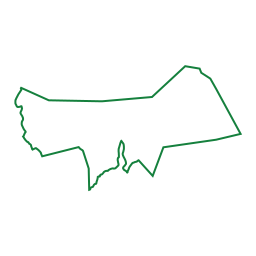 the district of San Pedro, Copán, Honduras
{"feature_id": "27666195B10717869055207", "entity_name": "San Pedro", "entity_type": "district", "adm_level": 2, "iso_a3": "HND", "parent_name": "Honduras", "parent_adm1": "Copán", "projection": "natural_earth1", "projection_center": [-88.844, 14.614], "detail": "fine", "context": "isolated", "style": "outline", "palette": "green", "viewbox_px": 256, "rotation_deg": 0, "n_neighbors": 0, "source": "geoboundaries", "source_scale": "gbopen_adm2", "svg_char_len": 5149}
<svg xmlns="http://www.w3.org/2000/svg" viewBox="0 0 256 256"><path d="M240.6,133.9L216.2,89.0L210.3,78.6L201.3,72.8L199.6,68.6L185.2,66.2L152.0,97.0L101.9,101.3L48.8,100.3L20.4,87.5L20.6,87.7L20.7,87.9L20.8,88.1L21.0,88.4L21.1,88.8L21.2,89.3L21.3,89.7L21.3,89.8L21.2,90.0L20.8,90.7L20.6,90.9L19.8,92.2L19.6,92.5L19.3,92.9L19.1,93.2L18.7,93.8L18.0,95.0L17.3,96.4L16.4,98.1L15.8,99.5L15.6,99.8L15.5,100.2L15.5,100.6L15.4,101.0L15.4,101.6L15.4,102.4L15.4,103.3L15.5,103.5L15.6,104.0L15.8,104.3L15.9,104.5L16.2,105.0L16.3,105.3L16.5,105.8L16.7,106.1L16.8,106.3L17.0,106.6L17.3,106.8L17.5,106.9L17.9,107.0L18.1,107.0L18.9,106.9L19.6,106.8L20.4,106.6L20.6,106.6L20.9,106.3L21.1,106.2L21.3,106.3L21.5,106.4L21.5,106.5L21.6,106.8L21.8,107.3L21.9,108.0L21.9,108.5L22.0,108.7L21.9,109.0L21.7,109.7L21.5,110.3L21.3,110.7L20.9,111.4L20.7,112.0L20.6,112.3L20.6,112.6L20.5,112.8L20.5,113.0L20.6,113.4L20.9,114.0L21.3,114.7L21.8,115.4L22.0,115.8L22.3,116.2L22.5,116.7L22.7,117.4L22.9,117.7L22.9,117.9L23.0,118.2L23.0,118.5L23.1,119.0L23.0,119.3L23.0,119.5L22.9,119.8L22.8,120.1L22.7,120.3L22.6,120.5L22.3,120.9L22.2,121.1L22.1,121.3L21.9,121.7L21.9,122.0L21.8,122.4L21.7,123.1L21.7,123.5L21.7,124.0L21.7,124.3L21.8,124.6L21.8,124.8L21.9,125.1L22.1,125.6L23.0,127.5L23.5,128.6L23.6,128.8L24.2,129.7L24.8,130.6L25.1,130.9L25.4,131.3L25.5,131.4L25.6,131.6L25.6,131.8L25.6,132.0L25.5,132.3L25.3,132.5L25.0,132.8L24.9,133.0L24.5,133.8L24.1,134.8L23.7,135.7L23.7,135.8L23.5,136.1L23.1,136.6L23.4,136.9L23.8,137.5L24.0,137.9L24.3,138.5L25.0,139.3L25.2,139.6L25.4,140.0L25.5,140.1L26.8,141.4L27.1,141.7L27.2,141.8L27.6,142.1L27.8,142.2L28.0,142.2L28.3,142.2L29.2,143.6L29.3,143.8L29.8,144.0L30.0,144.1L30.6,144.6L30.8,144.8L30.9,145.1L31.0,145.3L31.1,145.5L31.1,146.0L31.2,146.3L31.6,147.4L32.0,148.3L32.0,148.7L32.1,149.0L32.3,149.3L32.5,149.4L32.6,149.5L32.7,149.4L32.9,149.4L33.7,149.0L35.1,148.4L35.4,148.3L35.6,148.2L35.8,148.2L36.0,148.2L36.2,148.3L37.5,149.3L38.4,150.0L38.6,150.2L39.0,150.6L40.2,151.9L40.5,152.3L40.7,152.5L40.8,152.6L40.9,153.2L41.1,153.7L41.4,154.5L41.8,155.4L42.0,155.9L42.2,156.3L78.6,147.1L78.9,147.3L79.3,147.9L80.0,148.6L80.6,149.1L82.4,150.2L83.0,150.9L88.7,168.5L89.2,189.8L89.5,189.7L90.0,189.5L90.1,189.3L90.2,189.2L90.2,188.8L90.2,188.7L90.3,188.5L90.4,188.2L90.5,188.0L90.7,187.8L90.8,187.7L91.0,187.6L91.2,187.4L92.0,187.1L92.6,186.9L92.8,186.8L93.0,186.7L93.2,186.4L93.4,185.8L93.5,185.6L93.7,185.3L93.8,185.1L94.0,184.8L94.3,184.5L94.4,184.4L94.6,184.2L94.8,184.1L95.1,183.9L95.4,183.9L95.7,183.9L95.8,183.9L96.1,183.7L96.3,183.3L96.4,183.1L96.4,182.9L96.5,182.3L96.5,182.1L96.6,181.8L97.0,180.5L97.2,180.0L97.4,179.4L97.5,178.8L97.8,177.2L97.8,176.9L98.1,176.7L98.3,176.6L98.5,176.5L98.9,176.5L99.1,176.4L99.2,176.5L99.3,176.5L99.6,176.5L99.8,176.4L99.8,176.1L99.9,175.8L99.9,175.6L100.0,175.5L100.1,175.3L100.4,174.9L100.6,174.7L100.8,174.6L101.2,174.6L101.4,174.6L101.6,174.5L101.8,174.4L102.1,174.2L102.5,173.8L102.9,173.4L103.3,172.9L103.6,172.4L103.8,172.1L104.0,172.0L104.3,171.7L104.6,171.5L104.8,171.4L105.0,171.3L105.4,171.1L105.7,171.0L106.2,170.9L107.7,170.9L107.8,170.9L108.0,170.7L108.2,170.4L108.5,170.1L109.4,169.6L109.7,169.4L110.3,169.1L110.8,168.9L111.4,168.7L111.8,168.6L112.1,168.5L112.7,168.4L113.0,168.4L113.4,168.5L113.6,168.5L113.9,168.6L114.2,168.5L114.5,168.5L115.0,168.4L115.3,168.3L115.5,168.2L118.0,165.8L118.2,165.5L118.4,165.3L118.5,165.0L118.5,164.6L118.5,164.3L118.5,164.0L118.4,163.7L118.2,162.8L118.1,162.3L118.0,161.9L117.9,161.2L117.7,160.2L117.7,159.7L117.7,159.3L117.7,159.0L117.8,158.7L117.9,158.4L118.0,158.0L118.1,157.9L118.2,157.7L118.4,157.6L118.6,157.5L118.7,157.4L118.8,157.3L118.8,157.2L118.8,156.9L118.9,156.5L118.9,155.7L118.8,154.1L118.8,153.3L118.6,151.4L118.6,151.0L118.6,150.1L118.6,149.7L118.7,149.2L118.7,148.8L118.8,148.5L119.4,146.5L120.4,143.0L120.7,142.2L121.0,141.5L121.2,141.0L121.3,140.9L121.7,141.3L122.4,142.4L122.9,143.0L123.3,143.7L123.4,143.8L123.6,144.2L123.6,144.5L123.7,144.9L123.8,145.5L123.8,146.1L123.9,146.6L123.9,147.2L123.9,148.4L123.9,148.9L123.8,149.5L123.4,151.2L123.3,151.8L123.1,152.2L122.9,152.8L122.8,153.3L122.7,153.5L122.7,153.8L122.7,154.1L122.7,154.3L122.8,154.6L122.9,155.1L123.0,155.5L123.3,156.0L123.4,156.4L124.6,158.7L125.3,160.2L125.7,161.4L125.8,161.8L125.9,162.4L126.0,163.1L126.0,163.4L126.0,163.7L125.9,164.0L125.7,164.3L125.3,164.8L124.9,165.4L124.6,165.8L124.0,166.3L123.7,166.7L123.5,166.9L123.4,167.2L123.2,167.5L123.1,167.9L123.1,168.1L123.1,168.3L123.2,168.5L123.3,168.8L123.5,169.0L123.9,169.7L124.1,169.8L124.3,170.0L125.6,170.8L126.4,171.3L126.6,171.5L126.8,171.9L126.9,172.3L127.0,172.4L127.2,172.5L127.3,172.4L127.5,172.3L127.5,172.2L127.6,171.7L127.7,171.3L127.7,171.1L128.6,169.3L128.8,168.7L129.1,167.8L129.4,167.2L129.7,166.7L129.9,166.4L130.4,165.7L131.3,164.5L131.6,164.1L132.1,163.4L132.3,163.2L132.5,163.1L132.7,162.9L132.9,162.9L133.1,162.8L133.6,162.6L134.0,162.5L134.5,162.2L134.8,162.1L135.1,162.0L136.1,161.8L136.7,161.6L136.9,161.5L137.1,161.4L137.4,161.0L137.6,160.9L137.8,160.7L138.1,160.5L138.6,160.3L152.7,175.9L163.4,147.3L216.2,139.7L240.6,133.9Z" fill="none" stroke="#15803d" stroke-width="2"/></svg>